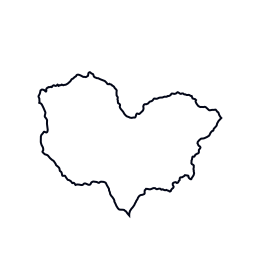 the district of Imues, Nariño, Colombia, rotated 150°
{"feature_id": "7082276B38506776880205", "entity_name": "Imues", "entity_type": "district", "adm_level": 2, "iso_a3": "COL", "parent_name": "Colombia", "parent_adm1": "Nariño", "projection": "robinson", "projection_center": [-77.501, 1.069], "detail": "fine", "context": "isolated", "style": "outline", "palette": "ink", "viewbox_px": 256, "rotation_deg": 150, "n_neighbors": 0, "source": "geoboundaries", "source_scale": "gbopen_adm2", "svg_char_len": 5803}
<svg xmlns="http://www.w3.org/2000/svg" viewBox="0 0 256 256"><g transform="rotate(150 128 128)"><path d="M214.0,150.1L213.8,148.8L213.2,146.9L211.6,145.1L211.1,144.1L210.6,140.9L209.7,138.3L209.0,137.0L208.8,136.2L208.6,133.2L208.8,132.4L208.8,131.7L207.8,129.0L207.6,127.9L207.7,127.0L208.4,125.2L208.4,124.7L207.9,123.7L207.8,122.8L207.9,122.2L208.7,119.7L208.6,119.4L208.3,119.1L206.8,118.4L206.5,118.1L206.4,117.5L206.4,116.0L206.1,113.3L205.1,112.3L204.4,111.1L204.1,110.5L203.8,108.2L203.6,108.0L202.6,107.8L202.3,107.5L202.0,106.3L202.0,105.2L201.9,104.9L200.8,104.7L199.9,104.3L198.6,103.4L197.5,102.4L196.7,101.8L196.0,101.5L194.9,101.5L194.2,101.8L193.4,101.7L192.8,101.4L192.0,100.5L190.8,98.8L190.3,98.4L189.5,98.0L189.1,98.0L188.6,98.1L187.1,99.1L186.6,99.2L185.1,99.1L184.7,98.9L182.1,96.9L181.0,95.3L180.5,95.0L179.3,95.2L178.2,95.0L177.2,94.3L176.0,93.5L175.2,92.5L174.8,91.9L174.7,91.3L174.9,89.0L174.9,85.0L175.0,84.6L175.6,83.5L175.8,81.6L176.4,79.8L176.5,79.5L176.4,77.4L176.1,76.1L175.9,73.5L176.1,72.0L176.6,71.1L176.7,69.0L177.0,66.3L176.9,63.6L176.6,62.3L176.2,61.7L175.5,61.1L173.3,59.8L172.3,58.9L172.1,58.0L171.8,57.6L171.4,56.6L171.2,54.2L170.7,51.6L170.2,52.5L169.4,53.6L167.7,55.2L165.3,56.4L163.7,56.9L161.1,58.1L159.3,59.4L158.0,60.1L157.5,60.6L155.3,61.7L154.1,62.7L152.2,63.5L151.1,63.6L150.3,63.5L148.8,62.9L147.0,62.7L146.5,62.9L146.1,63.3L145.4,64.7L144.6,65.7L143.8,65.8L142.8,66.3L141.6,65.5L140.5,64.5L139.5,63.8L138.2,63.5L136.2,63.3L135.0,62.6L134.6,62.3L134.0,60.9L133.2,60.4L131.8,60.1L130.7,59.5L130.2,59.0L130.1,58.1L129.9,57.9L129.5,57.7L128.5,57.5L128.1,56.7L127.3,55.8L126.7,55.4L125.7,55.2L125.5,54.9L125.1,54.2L124.1,53.2L123.8,52.3L123.3,52.0L122.5,52.0L121.4,52.9L120.9,53.1L119.9,53.4L118.9,53.5L118.0,54.1L117.8,54.4L117.7,56.3L117.5,56.7L117.1,57.4L116.8,57.6L116.4,57.8L115.5,57.8L114.0,57.4L113.6,57.1L113.4,56.2L113.1,55.9L111.8,55.8L110.4,56.8L109.4,57.0L108.3,58.6L107.5,59.0L107.0,58.9L105.8,58.3L105.5,58.3L103.5,58.3L102.3,58.7L100.5,57.3L99.9,56.8L99.7,56.5L99.8,55.8L100.1,55.5L100.2,55.1L100.2,54.4L100.1,53.9L99.7,52.8L99.4,52.4L99.1,52.1L98.7,52.1L98.0,52.7L95.0,54.2L94.4,54.7L93.4,55.7L93.1,56.4L92.8,57.5L92.6,58.0L92.2,58.4L92.0,59.3L91.5,60.2L90.8,60.9L89.8,62.6L89.9,63.3L90.7,64.8L90.7,65.4L90.7,65.9L89.9,66.9L89.5,67.8L88.3,68.8L86.9,70.5L86.7,70.7L86.0,70.8L85.3,70.2L84.8,70.1L82.9,71.2L81.4,71.1L80.9,71.2L80.0,71.0L79.6,71.0L78.8,71.5L77.7,73.4L77.4,73.7L75.7,74.3L75.0,74.9L74.9,75.3L74.9,75.7L75.0,76.2L75.6,77.2L75.7,77.9L75.5,78.6L75.5,80.0L74.5,81.1L72.2,81.9L70.3,82.2L69.9,82.2L68.3,81.4L67.1,81.0L64.0,80.7L61.7,80.8L61.2,81.0L59.0,82.5L58.4,82.8L57.1,83.2L56.6,83.3L55.6,83.1L55.2,83.3L54.5,84.1L53.9,84.5L52.5,84.9L50.4,85.6L49.9,85.9L48.6,87.3L47.1,88.2L46.1,88.8L42.2,90.0L42.4,90.8L42.5,92.6L42.5,93.6L42.0,96.2L42.1,96.6L42.6,97.6L42.7,99.0L42.9,100.0L43.3,100.3L44.5,100.7L46.2,101.7L48.0,102.3L48.4,102.5L48.7,102.7L49.0,103.2L50.1,106.8L50.5,107.5L51.0,108.0L52.2,108.4L53.7,109.4L54.9,110.0L55.2,110.4L55.9,111.5L56.2,112.2L56.5,115.0L56.3,116.9L56.1,117.4L55.8,117.7L55.1,118.1L55.4,119.3L57.3,121.3L56.9,123.9L57.4,124.1L58.5,126.0L58.8,126.3L59.1,126.5L59.6,126.6L60.6,127.2L61.0,127.6L61.5,128.4L62.4,128.9L62.7,129.4L63.0,130.3L63.9,130.9L65.1,131.1L65.6,131.5L66.4,133.1L67.0,134.1L67.5,134.2L69.0,133.9L70.1,134.1L70.9,134.4L72.0,135.4L72.8,135.9L73.3,135.9L74.8,135.2L75.4,135.2L76.7,135.3L77.9,135.9L78.6,135.7L79.0,135.8L80.8,136.9L81.4,137.0L82.9,137.2L84.6,138.1L85.8,138.6L88.0,138.8L89.2,139.3L90.0,140.1L90.8,140.4L91.2,140.3L92.9,139.6L93.4,139.5L94.3,139.5L95.8,139.9L96.5,139.8L98.5,139.2L100.2,139.4L101.6,140.2L102.6,140.2L103.9,139.2L104.6,137.5L105.0,136.8L106.1,135.8L106.8,135.5L111.0,134.5L111.6,134.7L112.4,135.6L113.0,136.0L113.3,136.0L114.2,135.5L115.7,134.0L116.5,133.6L117.2,133.8L117.7,134.2L119.9,135.0L121.2,136.1L121.7,136.9L122.7,138.1L123.2,138.7L123.7,140.0L124.1,142.0L124.1,144.6L124.7,147.9L124.8,148.9L124.7,149.9L124.5,150.6L123.8,151.3L123.4,151.9L123.3,152.5L123.4,153.3L124.0,154.1L124.1,154.6L123.5,156.2L123.0,156.9L122.8,158.1L121.8,159.2L121.5,159.9L121.6,161.8L121.4,162.3L120.2,164.5L119.0,166.2L119.0,167.2L119.5,169.2L119.5,170.8L120.0,172.0L120.5,172.7L120.5,173.3L120.7,173.9L121.8,174.9L121.9,175.5L123.0,175.7L123.4,175.9L123.9,176.7L123.9,177.8L124.6,180.3L127.6,184.0L129.0,186.1L130.0,186.7L131.5,188.7L131.8,189.7L131.4,191.5L131.4,192.1L131.6,192.5L132.4,193.5L132.9,195.1L133.4,195.5L134.1,195.5L134.5,195.4L134.9,195.2L136.2,193.6L136.6,193.2L138.8,193.1L139.4,193.4L140.2,194.1L141.0,194.5L141.3,194.8L142.7,197.1L143.6,198.3L144.6,199.2L145.5,199.5L146.3,199.4L147.2,198.8L148.8,198.8L150.8,198.3L152.4,198.4L154.6,197.3L157.0,196.8L158.0,196.6L160.0,196.6L160.8,196.8L161.9,197.3L162.7,197.4L162.9,197.6L163.4,198.4L163.9,198.8L164.4,198.6L165.1,198.8L165.9,199.3L166.2,199.3L166.6,199.1L167.1,199.2L167.1,200.3L167.3,200.8L167.6,200.8L168.2,200.5L169.3,200.5L169.9,200.8L170.7,201.9L171.2,202.2L172.6,202.1L173.3,201.6L173.7,201.6L174.3,202.3L175.3,202.5L176.2,203.1L176.8,203.0L177.3,203.2L177.6,203.2L178.8,202.9L179.3,202.5L179.8,202.0L180.1,201.0L180.7,200.6L181.1,200.8L181.2,201.1L181.6,202.7L182.2,203.3L182.5,203.8L183.3,204.3L183.6,204.4L185.0,204.2L187.0,202.0L188.1,201.2L189.3,200.5L189.7,200.1L189.9,199.4L190.1,197.7L190.9,196.3L191.3,195.3L192.3,194.2L191.4,193.1L191.0,192.2L190.9,191.1L191.1,187.9L191.7,182.9L192.2,182.1L194.2,179.9L194.4,179.1L194.1,177.3L194.1,175.7L194.2,175.2L196.0,172.3L196.7,170.7L198.4,166.6L199.3,165.5L199.9,165.0L200.4,164.9L200.8,164.9L201.2,165.2L202.5,166.7L202.9,166.7L204.6,165.9L206.4,165.3L206.7,165.1L207.7,164.2L210.4,159.7L210.8,158.8L211.3,156.7L211.4,153.9L211.7,152.7L212.4,151.3L212.9,150.9L213.7,150.5L214.0,150.1Z" fill="none" stroke="#020617" stroke-width="2"/></g></svg>